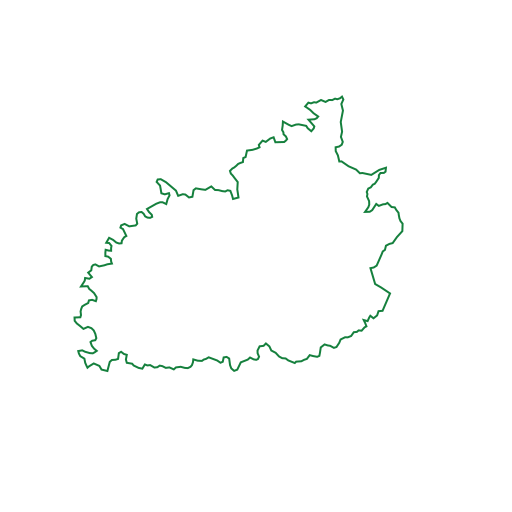 Itacurubi, Rio Grande do Sul, Brazil (Equal Earth projection), rotated 300°
{"feature_id": "56859067B45448727576275", "entity_name": "Itacurubi", "entity_type": "district", "adm_level": 2, "iso_a3": "BRA", "parent_name": "Brazil", "parent_adm1": "Rio Grande do Sul", "projection": "equal_earth", "projection_center": [-55.272, -28.816], "detail": "fine", "context": "isolated", "style": "outline", "palette": "green", "viewbox_px": 512, "rotation_deg": 300, "n_neighbors": 0, "source": "geoboundaries", "source_scale": "gbopen_adm2", "svg_char_len": 4616}
<svg xmlns="http://www.w3.org/2000/svg" viewBox="0 0 512 512"><g transform="rotate(300 256 256)"><path d="M218.1,126.2L215.1,123.9L212.8,124.4L212.8,127.4L208.5,133.7L206.4,132.5L204.1,132.3L202.2,132.2L199.8,133.2L198.4,131.2L197.8,128.3L198.5,124.2L198.3,119.7L192.6,119.7L193.8,122.4L192.5,125.8L190.5,126.5L188.1,127.9L187.0,125.6L186.2,122.7L183.5,123.9L180.6,125.6L181.5,128.3L181.0,131.7L178.8,133.3L177.4,135.0L174.5,131.4L172.1,129.3L168.5,125.3L168.4,121.1L166.9,119.6L164.7,119.1L161.2,120.5L157.7,119.0L156.6,121.9L155.7,124.4L153.0,123.1L151.5,119.0L149.1,120.0L147.1,120.0L142.1,119.7L143.6,122.0L145.7,125.4L144.1,128.0L143.7,130.6L142.9,134.3L140.7,138.5L139.0,139.4L136.8,139.9L136.1,136.0L134.0,133.5L131.4,134.2L128.1,132.1L125.4,130.7L122.7,131.1L120.3,131.8L117.3,134.0L115.1,134.5L112.0,129.6L109.2,131.4L108.0,134.5L107.4,138.7L106.6,143.0L110.6,145.9L111.2,149.6L110.4,152.7L108.2,155.8L105.0,158.8L102.7,158.9L100.7,156.5L98.7,155.7L96.1,158.8L94.8,162.1L94.2,165.5L91.9,164.4L90.1,163.3L88.8,160.6L87.6,155.8L87.4,152.7L84.8,149.6L83.0,151.4L81.4,153.9L81.3,158.7L78.1,161.5L76.2,164.1L75.0,165.9L77.0,166.6L81.8,169.2L82.5,175.3L80.4,179.0L82.1,184.8L91.2,182.3L93.9,183.2L95.9,186.2L97.9,188.0L103.3,185.8L105.6,187.1L105.1,190.6L105.8,193.5L101.3,195.1L98.9,197.5L100.8,202.6L100.0,204.8L100.4,210.3L101.6,213.9L106.5,214.0L106.9,216.6L108.6,218.9L108.6,223.8L110.4,226.2L112.9,227.4L113.8,230.0L114.0,233.8L116.2,236.7L116.7,241.5L119.5,242.4L122.4,246.2L123.5,250.3L124.8,253.0L127.3,254.7L129.5,255.1L132.6,254.5L135.1,253.4L136.2,257.9L138.1,261.6L140.3,262.6L141.8,264.1L144.6,265.7L146.1,274.6L145.8,278.6L147.8,280.1L152.0,278.7L153.9,281.0L153.8,284.0L148.5,288.1L146.3,290.8L145.6,294.5L148.2,296.6L156.3,296.0L162.2,300.7L165.1,301.6L165.3,305.6L166.2,308.1L167.7,309.2L170.3,309.0L172.6,306.0L174.9,304.6L179.6,304.3L182.0,307.5L185.2,308.3L184.4,312.8L181.8,316.5L182.0,321.4L180.5,326.2L180.6,329.8L182.1,332.9L181.7,336.1L182.7,343.1L184.6,343.6L187.5,347.9L190.2,349.6L192.3,351.5L197.0,352.1L197.9,355.5L199.3,359.4L201.2,360.8L204.1,359.8L209.2,357.8L213.7,359.6L214.4,362.8L215.3,365.1L215.4,369.4L217.4,371.2L222.4,371.5L226.0,371.0L230.2,373.8L231.4,376.1L234.3,378.4L238.9,378.8L240.7,381.3L242.9,382.1L244.1,384.8L248.5,385.7L250.3,386.8L252.5,384.1L254.4,381.3L255.4,385.2L259.4,384.8L261.4,384.9L260.8,388.9L265.1,390.6L269.5,389.7L271.8,393.0L290.6,390.8L291.3,379.9L291.3,373.2L302.7,361.2L304.9,363.7L308.0,365.3L309.9,365.1L319.9,364.0L323.3,363.5L325.8,364.6L329.9,363.4L333.2,365.5L335.5,367.9L342.9,368.6L350.7,370.3L357.3,366.8L358.5,363.7L360.3,361.4L363.1,359.0L364.7,357.8L366.1,354.3L367.5,351.9L366.2,348.9L367.7,343.3L365.7,342.2L364.3,340.2L360.8,337.3L361.2,334.1L353.8,333.7L351.2,332.4L348.7,328.4L354.4,328.9L357.1,328.4L360.1,326.5L363.1,322.3L365.4,321.5L366.8,319.9L370.5,319.5L372.9,321.1L376.2,321.5L377.9,322.7L380.3,323.0L385.0,323.3L387.5,322.0L390.1,322.3L391.9,325.2L393.8,326.0L397.4,324.4L392.2,319.7L383.9,315.3L381.1,306.7L379.6,304.6L380.9,299.5L380.0,291.3L380.7,282.8L379.5,280.9L384.1,276.6L386.7,272.6L390.0,270.6L392.3,273.2L395.2,274.6L398.2,274.1L401.6,270.0L406.7,268.4L414.4,262.4L425.4,258.6L430.3,253.9L435.2,253.4L437.0,250.8L434.6,249.9L432.4,248.0L431.8,245.8L429.2,244.1L427.6,241.2L424.2,239.2L423.6,234.3L419.0,231.5L418.2,229.4L415.7,227.3L415.0,224.7L410.1,223.8L409.6,229.9L408.4,234.5L407.9,240.1L405.7,239.7L403.7,238.3L400.3,233.3L397.4,241.7L395.4,242.2L391.7,241.5L392.5,236.9L393.8,234.4L391.4,227.2L389.8,224.9L386.3,221.9L386.0,218.8L385.9,212.1L382.3,213.9L378.2,215.5L376.8,217.9L375.2,219.0L374.5,222.1L372.8,224.5L371.0,224.2L368.8,223.4L364.2,215.9L367.6,211.9L364.9,209.6L359.7,207.4L359.2,204.0L353.6,202.9L351.9,204.7L349.5,203.0L346.2,199.9L342.8,195.5L336.5,197.5L334.5,196.0L330.8,197.7L328.6,195.8L326.8,194.5L324.2,193.8L321.6,192.8L320.0,191.8L316.7,190.9L314.8,193.0L314.1,195.5L312.8,198.5L310.9,203.2L304.3,206.5L297.9,211.6L293.9,207.6L296.6,204.9L299.6,201.2L298.7,198.5L296.5,197.1L295.3,194.3L294.3,190.6L292.7,187.5L293.9,182.5L288.0,179.1L286.5,175.5L284.5,170.1L281.8,169.0L275.5,171.3L273.2,168.7L273.9,164.1L272.9,161.7L269.2,158.5L272.6,154.0L274.9,141.2L274.9,135.1L273.1,132.6L270.5,132.9L269.0,137.7L266.4,139.9L263.0,142.7L263.8,146.2L266.9,149.2L265.3,150.8L261.1,151.0L256.1,152.3L255.8,148.2L254.5,146.0L251.4,143.5L242.2,138.1L240.6,141.3L239.6,145.1L238.0,146.5L236.1,145.2L235.0,142.8L234.9,140.2L236.4,137.6L236.9,134.9L235.3,132.8L232.9,131.9L228.5,133.6L224.6,137.0L222.3,136.5L218.3,131.4L218.1,126.2Z" fill="none" stroke="#15803d" stroke-width="2"/></g></svg>